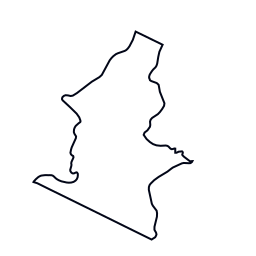 outline of Centro Sur, rotated 26°
{"feature_id": "GNQ-1468", "entity_name": "Centro Sur", "entity_type": "Province", "adm_level": 1, "iso_a3": "GNQ", "parent_name": "Equatorial Guinea", "parent_adm1": "", "projection": "robinson", "projection_center": [10.435, 1.583], "detail": "fine", "context": "isolated", "style": "outline", "palette": "ink", "viewbox_px": 256, "rotation_deg": 26, "n_neighbors": 0, "source": "natural_earth", "source_scale": "10m", "svg_char_len": 2210}
<svg xmlns="http://www.w3.org/2000/svg" viewBox="0 0 256 256"><g transform="rotate(26 128 128)"><path d="M92.6,38.0L122.6,38.0L122.8,45.7L124.0,50.7L126.0,57.3L126.3,59.5L126.1,61.4L125.0,64.4L124.5,66.7L124.1,70.3L124.4,72.3L125.0,73.7L125.3,73.8L126.8,75.4L128.3,75.6L134.1,75.0L136.5,75.7L137.3,76.7L140.8,81.5L149.9,89.8L150.7,92.3L150.4,95.9L149.7,99.6L148.8,102.4L145.3,108.3L144.7,110.5L145.0,112.6L146.7,115.5L147.2,117.3L146.5,121.6L144.9,124.8L145.1,127.3L149.6,129.8L153.8,131.0L157.6,131.5L161.2,131.1L165.1,129.7L169.6,127.2L171.2,126.8L172.5,126.9L174.8,127.8L176.2,128.0L177.5,127.3L178.6,126.1L179.5,125.8L181.3,129.5L182.4,129.0L184.1,126.9L185.1,126.4L186.1,125.7L187.0,125.3L187.9,125.8L188.2,126.5L188.4,128.1L188.9,128.6L191.0,129.3L198.0,130.7L198.6,130.6L199.2,130.2L200.4,129.5L200.4,130.4L199.6,132.1L198.3,132.9L193.4,135.0L191.9,136.2L185.7,143.8L184.7,145.6L182.6,149.9L177.0,158.5L174.4,163.4L172.7,168.2L172.4,169.9L172.7,172.0L173.8,174.4L182.6,185.6L184.3,186.9L190.0,189.8L191.5,191.9L192.9,195.1L195.1,205.2L196.4,207.9L197.5,208.7L198.6,209.4L199.5,210.2L200.3,211.3L200.4,213.0L200.3,214.3L198.4,217.4L198.1,217.9L167.3,217.8L126.5,217.6L123.3,217.6L85.6,217.5L70.7,217.4L66.8,218.0L66.8,217.9L66.7,217.6L67.6,214.5L68.9,211.4L69.7,210.2L70.5,209.2L71.2,208.6L74.3,206.6L77.6,205.1L78.3,204.7L79.9,204.0L81.2,203.8L82.4,204.0L85.2,204.9L86.9,205.2L89.0,205.3L91.6,205.1L96.7,203.9L98.8,203.1L100.9,201.9L102.7,200.3L103.9,198.3L104.4,196.4L104.3,194.4L103.7,192.6L103.0,191.2L101.8,190.4L101.0,190.5L100.2,191.4L99.2,192.6L98.0,193.1L96.6,192.9L95.1,192.0L94.4,190.9L93.7,187.0L93.3,185.8L92.5,184.7L92.1,183.4L92.0,181.3L92.0,179.5L91.8,178.1L91.0,177.2L89.5,177.1L88.2,176.6L87.1,175.5L86.3,172.5L85.9,170.1L85.6,160.0L85.0,158.3L82.3,156.6L81.1,155.4L80.1,152.9L79.9,150.9L80.1,149.0L81.5,145.5L82.5,143.6L82.4,142.9L81.9,142.1L79.5,139.8L75.5,137.6L66.8,134.7L57.2,131.8L56.2,131.2L55.7,130.2L55.6,128.9L56.3,127.2L57.5,125.9L59.8,125.0L62.4,124.4L64.2,123.1L66.8,119.0L75.2,102.2L80.0,94.8L81.2,91.8L81.9,75.1L82.5,72.3L83.3,69.9L84.8,66.9L86.1,65.3L91.3,60.1L92.3,58.6L93.0,56.6L93.5,53.9L93.7,46.6L92.6,38.0Z" fill="none" stroke="#020617" stroke-width="2"/></g></svg>